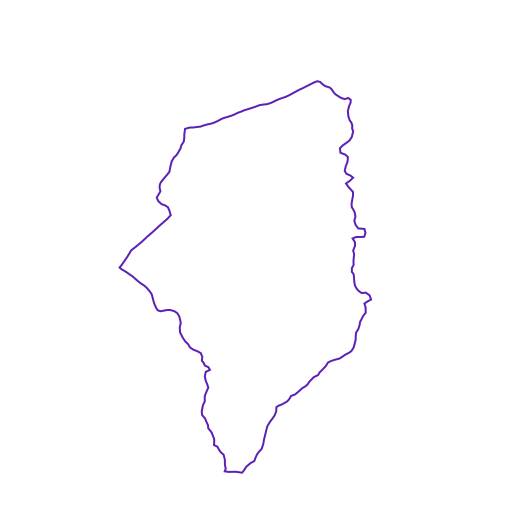 Santa Juliana, Minas Gerais, Brazil, rotated 223°
{"feature_id": "56859067B39464064120136", "entity_name": "Santa Juliana", "entity_type": "district", "adm_level": 2, "iso_a3": "BRA", "parent_name": "Brazil", "parent_adm1": "Minas Gerais", "projection": "mercator", "projection_center": [-47.514, -19.38], "detail": "fine", "context": "isolated", "style": "outline", "palette": "violet", "viewbox_px": 512, "rotation_deg": 223, "n_neighbors": 0, "source": "geoboundaries", "source_scale": "gbopen_adm2", "svg_char_len": 3671}
<svg xmlns="http://www.w3.org/2000/svg" viewBox="0 0 512 512"><g transform="rotate(223 256 256)"><path d="M150.7,304.1L153.5,300.9L157.1,300.5L159.8,300.7L163.4,301.8L166.8,304.4L170.0,307.5L172.3,309.3L175.1,309.8L177.6,312.5L178.6,316.2L180.9,318.4L183.1,321.1L185.3,324.1L188.7,326.3L190.5,331.0L193.1,333.6L197.3,334.7L195.8,338.1L192.5,341.2L190.0,343.8L191.6,347.5L195.1,349.7L197.5,347.9L200.0,345.9L204.4,346.7L208.1,348.8L210.3,352.8L213.6,355.2L216.5,356.3L219.4,357.1L221.7,359.4L223.7,362.3L226.0,366.0L228.7,369.0L235.3,369.5L239.6,370.4L238.6,375.2L238.4,379.5L242.0,379.2L245.8,377.8L249.1,378.7L251.6,382.9L252.9,386.4L254.5,389.0L256.4,391.1L260.0,391.0L264.6,389.1L268.1,392.0L268.0,396.0L267.1,400.0L266.4,404.3L267.1,408.4L270.0,413.5L272.8,414.9L274.4,417.0L277.0,418.5L280.2,419.2L283.9,421.3L287.6,424.6L290.1,429.0L291.4,432.6L293.2,434.8L296.2,434.5L298.2,431.2L301.6,429.6L305.0,429.0L308.5,428.4L311.2,428.7L314.0,429.5L317.0,429.5L321.3,427.4L325.1,427.0L327.7,427.1L330.4,425.6L332.2,421.8L333.7,417.5L335.2,413.6L336.2,410.7L337.7,407.2L338.9,403.7L340.2,399.7L341.6,395.6L342.9,392.5L344.3,389.9L346.2,386.3L347.4,383.5L348.4,380.8L349.7,377.6L351.6,374.4L354.1,371.6L356.3,368.7L358.2,364.8L359.9,361.7L362.2,357.6L364.1,354.3L365.4,351.3L366.9,348.5L368.3,344.8L369.8,341.6L372.0,337.7L373.7,334.9L374.9,332.2L375.9,329.0L377.6,324.9L379.2,322.0L381.3,319.1L383.2,315.9L384.9,312.7L387.4,309.8L389.7,307.0L392.1,304.7L394.6,300.6L391.5,296.2L388.8,293.2L386.8,290.3L386.1,286.0L384.6,283.2L383.6,279.2L382.9,275.5L383.2,272.4L382.2,267.7L379.4,262.7L376.8,258.6L376.4,254.6L376.3,251.2L376.1,248.1L375.9,245.1L374.9,242.4L373.1,240.2L370.0,238.1L369.2,234.5L368.4,231.0L364.9,229.5L360.4,229.5L357.2,231.0L353.6,231.6L349.7,229.8L346.2,227.7L346.2,222.6L346.6,218.7L346.9,215.4L347.3,211.9L347.5,208.5L347.8,204.4L348.3,199.5L348.7,196.2L348.9,193.1L349.2,188.6L349.8,184.0L350.2,180.7L350.7,177.8L351.1,174.8L350.3,171.2L349.5,167.2L349.1,164.5L348.6,161.4L348.2,158.4L347.9,154.5L344.7,154.7L342.0,155.4L339.3,155.9L336.0,156.3L332.5,156.9L325.0,157.1L321.2,157.5L317.7,158.1L314.0,158.2L309.4,157.6L306.2,156.9L303.3,155.1L299.4,152.6L296.4,151.1L293.3,149.8L290.7,149.3L288.1,150.5L286.4,152.8L284.1,156.0L281.9,158.0L278.0,160.0L274.5,160.5L271.2,159.6L267.9,157.6L265.3,155.6L263.0,151.7L259.5,148.4L254.5,146.5L249.7,145.3L245.4,145.2L241.9,144.1L237.7,144.8L234.2,146.3L230.2,147.3L226.4,145.6L224.3,142.6L221.1,142.0L218.6,141.0L215.0,142.2L212.0,141.3L213.7,137.0L211.3,133.0L207.7,130.5L204.2,128.9L201.1,127.2L199.5,122.5L198.0,118.7L194.3,114.7L193.2,111.0L191.5,108.2L189.6,105.2L186.8,102.9L182.6,102.5L178.9,100.8L175.7,99.5L173.4,97.4L170.6,97.1L167.7,96.5L164.9,95.1L162.1,93.9L159.8,91.6L157.8,89.1L154.1,90.2L151.0,89.1L147.7,88.4L144.2,88.6L140.0,85.9L136.3,82.1L133.1,79.8L132.0,77.2L128.9,79.3L126.3,81.8L124.3,83.8L122.1,85.5L118.4,88.0L118.6,90.9L119.4,95.3L118.7,101.0L117.4,104.9L118.6,107.6L120.0,111.7L120.3,115.2L120.4,119.0L122.6,123.7L124.9,127.1L127.6,132.0L129.7,135.7L131.6,139.2L132.7,144.2L133.1,148.4L133.7,152.2L135.3,156.2L138.0,159.4L137.3,162.2L136.0,164.7L134.9,168.0L134.1,170.6L134.0,173.5L134.9,177.6L133.0,181.4L132.4,186.2L132.0,191.1L131.0,194.2L130.7,197.0L131.3,200.7L131.1,206.9L129.4,211.2L130.1,214.5L129.9,218.2L129.9,223.1L130.7,227.4L129.2,231.0L127.2,234.5L125.0,237.9L124.0,241.9L123.4,244.7L122.1,248.3L121.4,251.2L122.1,255.4L124.0,259.2L126.2,263.0L128.5,265.5L130.5,268.1L131.4,272.5L133.1,276.1L134.9,278.7L135.7,281.7L136.7,284.9L137.1,289.3L140.7,293.1L144.3,295.2L143.3,299.2L142.2,302.7L146.1,304.7L150.7,304.1Z" fill="none" stroke="#5b21b6" stroke-width="2"/></g></svg>